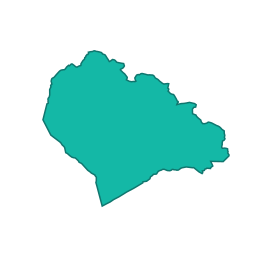 Santa María Yavesía, Oaxaca, Mexico, rotated 139°
{"feature_id": "50627088B32377939266128", "entity_name": "Santa María Yavesía", "entity_type": "district", "adm_level": 2, "iso_a3": "MEX", "parent_name": "Mexico", "parent_adm1": "Oaxaca", "projection": "mercator", "projection_center": [-96.422, 17.203], "detail": "fine", "context": "isolated", "style": "filled", "palette": "teal", "viewbox_px": 256, "rotation_deg": 139, "n_neighbors": 0, "source": "geoboundaries", "source_scale": "gbopen_adm2", "svg_char_len": 3430}
<svg xmlns="http://www.w3.org/2000/svg" viewBox="0 0 256 256"><g transform="rotate(139 128 128)"><path d="M198.7,86.0L193.5,84.8L190.0,83.9L185.7,83.4L179.9,82.0L171.2,80.6L162.9,78.7L152.8,76.9L152.0,77.6L148.9,75.6L144.8,75.3L143.0,76.4L140.6,76.1L139.3,76.4L138.9,76.2L137.2,74.9L136.6,74.6L133.9,75.4L133.4,75.4L131.9,75.0L130.6,74.4L128.8,74.0L127.7,73.0L126.3,70.2L124.7,68.5L123.8,68.0L122.7,67.7L122.0,67.8L121.2,67.3L120.7,66.3L119.6,65.3L118.8,64.1L117.5,63.2L114.4,62.9L113.5,62.6L111.4,61.4L109.6,60.4L105.4,55.7L104.4,55.0L103.3,48.8L103.3,48.6L102.0,45.0L101.0,45.2L100.3,46.1L100.1,46.8L98.2,45.9L96.7,46.5L95.7,45.9L94.8,45.9L92.6,43.6L92.3,43.3L91.7,43.8L91.0,43.8L90.4,43.8L89.6,43.7L89.1,43.6L88.7,44.2L87.5,48.6L78.2,40.2L70.2,40.7L69.6,41.2L69.3,41.7L69.2,43.6L67.9,44.6L67.8,45.2L66.5,47.0L67.0,47.9L67.9,49.0L68.3,49.5L69.0,49.9L69.5,50.4L70.1,50.8L70.0,51.8L69.7,52.3L67.4,54.0L67.1,54.6L65.1,56.2L64.5,56.0L63.9,55.8L63.2,55.8L62.3,56.1L61.9,56.2L61.5,57.6L59.8,58.9L58.8,60.9L57.3,62.7L58.0,65.5L58.0,67.3L58.2,68.8L58.7,70.3L59.5,71.7L60.2,73.5L61.0,75.5L61.5,76.8L62.6,78.6L63.6,79.8L65.4,80.0L67.4,81.0L68.8,82.4L68.7,84.5L67.9,86.2L68.5,90.0L68.6,91.8L68.2,93.2L69.1,94.8L69.9,96.4L68.8,97.8L67.0,100.0L64.8,100.4L63.2,99.4L61.3,100.8L61.7,102.7L64.8,107.0L67.5,108.5L69.4,109.7L70.5,110.5L71.8,111.5L72.9,112.1L74.6,113.0L75.8,113.6L74.3,114.4L73.2,114.5L72.8,115.1L73.2,115.8L72.5,118.3L71.7,122.3L71.7,123.4L72.8,124.9L73.4,126.3L73.4,128.2L73.6,129.5L72.1,130.2L71.6,131.0L71.8,132.1L69.9,133.4L68.2,134.7L68.9,135.5L69.9,136.2L70.8,136.8L72.1,137.7L72.7,139.1L72.9,140.2L73.4,142.7L73.5,144.7L74.0,146.4L74.6,147.7L74.2,150.3L74.6,151.7L77.1,154.2L78.2,155.0L79.5,157.0L81.6,159.9L82.6,160.5L84.4,160.7L85.3,161.7L86.8,162.3L90.0,161.3L90.5,160.4L91.1,159.1L91.2,158.2L92.3,158.4L93.3,159.5L95.0,160.6L96.4,162.4L97.6,165.4L95.9,166.2L95.3,166.8L95.1,169.5L95.0,171.1L95.4,173.2L95.5,175.1L95.7,176.6L95.3,177.2L93.6,176.8L91.9,176.6L90.0,177.2L89.0,179.5L90.2,180.9L91.8,182.9L92.6,184.0L93.4,185.1L93.3,187.3L93.8,188.7L94.8,189.9L96.9,190.0L98.5,190.4L98.1,192.7L97.8,195.0L97.3,198.0L98.0,199.6L98.6,200.4L98.5,202.3L99.7,204.2L100.8,205.7L101.9,206.9L102.4,208.0L103.4,208.7L104.6,209.0L106.3,210.2L108.2,211.2L108.6,210.3L110.0,209.8L110.5,210.3L112.3,210.1L113.3,209.4L114.4,209.5L115.9,208.4L117.5,208.5L121.2,207.4L122.6,206.1L123.6,206.6L124.9,207.1L126.3,207.3L127.1,208.1L127.4,209.2L127.6,210.6L128.1,212.9L128.8,213.5L131.4,213.4L131.7,214.3L133.9,214.3L134.3,214.3L136.2,213.8L136.9,213.7L137.3,213.7L137.6,213.8L137.9,213.8L138.6,214.4L140.4,215.5L140.8,215.6L141.2,215.7L142.1,215.8L142.7,215.8L147.1,215.3L150.1,214.8L150.3,214.8L150.8,214.8L152.5,215.2L152.8,215.2L153.3,215.1L153.7,214.9L154.7,214.2L155.2,213.8L155.4,213.6L155.9,212.4L156.8,211.0L156.9,210.9L157.0,210.9L157.5,211.1L158.3,210.8L158.6,210.7L158.8,210.4L158.9,210.2L159.1,209.7L159.4,209.5L161.9,208.4L165.4,204.3L167.3,203.0L168.2,202.9L168.7,202.8L169.5,202.3L170.2,201.2L171.2,200.2L171.6,199.4L172.0,199.0L173.3,199.4L186.8,190.0L190.9,173.2L188.4,161.4L188.5,161.3L188.4,161.1L188.8,158.2L188.5,156.2L188.7,154.7L191.2,150.2L190.5,148.6L190.1,145.4L189.5,142.8L188.5,141.2L187.4,139.9L187.0,135.9L187.4,134.3L186.3,131.7L186.1,122.5L185.3,119.1L185.3,118.2L183.8,114.2L184.1,113.8L184.2,111.6L186.7,108.8L188.0,107.9L189.4,104.9L198.7,86.0Z" fill="#14b8a6" stroke="#0f766e" stroke-width="1.5"/></g></svg>